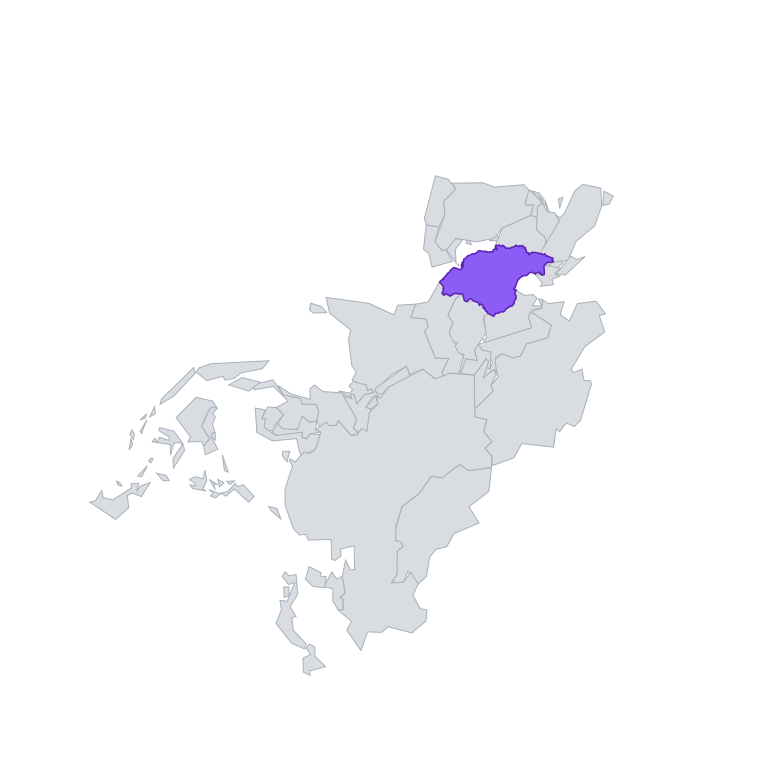 Iran on a map of Asia (Mercator projection), rotated 124°
{"feature_id": "IRN", "entity_name": "Iran", "entity_type": "country or territory", "adm_level": 0, "iso_a3": "IRN", "parent_name": "Asia", "parent_adm1": "", "projection": "mercator", "projection_center": [53.162, 32.435], "detail": "fine", "context": "in_parent", "style": "filled", "palette": "violet", "viewbox_px": 768, "rotation_deg": 124, "n_neighbors": 45, "source": "natural_earth", "source_scale": "50m", "svg_char_len": 18587}
<svg xmlns="http://www.w3.org/2000/svg" viewBox="0 0 768 768"><g transform="rotate(124 384 384)"><path d="M391.3,248.8L383.7,254.2L380.8,264.5L371.4,262.2L368.0,274.6L356.1,278.8L360.4,290.3L357.5,295.7L328.8,289.5L325.3,294.7L314.4,293.4L302.2,306.3L293.1,303.2L290.2,291.5L284.5,286.7L270.7,288.2L254.1,274.3L241.8,278.3L242.0,302.3L233.0,295.8L225.5,299.3L225.5,292.8L215.1,280.8L228.1,276.5L228.1,265.6L209.3,268.7L196.8,254.7L202.0,239.6L206.9,243.9L217.3,230.2L240.8,238.4L267.5,237.0L268.7,233.5L261.0,228.2L269.3,220.2L265.8,214.8L268.0,212.0L304.3,200.7L312.8,202.5L314.3,211.0L325.4,211.8L325.0,216.2L341.5,208.1L356.4,236.5L372.4,235.0L391.3,248.8Z" fill="#d9dde1" stroke="#a8b0b8" stroke-width="1"/><path d="M242.0,302.3L241.8,278.3L254.1,274.3L270.7,288.2L284.5,286.7L290.2,291.5L293.1,303.2L300.4,306.4L313.3,296.2L310.7,301.0L323.3,305.1L317.2,309.6L311.6,309.1L311.9,304.5L305.5,306.0L301.8,313.4L297.8,313.1L301.1,321.8L298.4,327.9L254.7,293.1L247.4,302.2L242.0,302.3Z" fill="#d9dde1" stroke="#a8b0b8" stroke-width="1"/><path d="M646.3,530.7L646.5,561.9L642.3,558.0L630.2,558.5L635.3,553.3L631.7,544.1L611.5,535.2L608.2,537.9L603.5,531.8L611.6,528.9L604.7,528.9L596.5,522.8L613.0,522.1L615.1,531.5L620.0,534.4L629.4,526.5L646.3,530.7ZM570.1,560.8L567.6,566.8L562.9,567.3L565.4,562.7L570.1,560.8ZM614.1,551.2L613.6,547.6L615.4,544.3L616.5,548.0L614.1,551.2ZM536.4,498.7L533.7,503.0L541.7,514.1L536.1,514.6L528.2,537.5L500.0,532.3L494.0,516.4L497.3,508.8L501.4,514.7L517.0,512.6L520.9,511.6L526.8,497.9L536.4,498.7ZM584.0,534.5L596.3,533.1L598.0,536.7L584.0,534.5ZM579.2,536.4L575.9,535.5L575.0,533.5L579.8,533.3L579.2,536.4ZM584.2,508.0L587.8,513.0L585.0,522.6L581.7,513.6L584.2,508.0ZM550.7,512.1L571.4,511.6L564.0,517.2L547.4,517.2L546.7,520.8L550.9,525.1L562.4,521.3L553.7,527.4L561.5,543.8L557.1,543.5L559.4,539.6L553.6,540.1L551.1,530.9L547.9,532.3L548.5,544.7L545.5,545.4L540.6,531.7L545.7,517.6L550.7,512.1ZM550.2,566.0L541.6,564.0L546.0,563.1L550.2,566.0ZM546.1,560.4L556.0,558.7L560.3,557.0L559.6,559.7L546.1,560.4ZM536.5,557.0L542.3,559.9L531.0,561.5L536.5,557.0ZM480.2,546.5L511.4,551.5L526.1,558.3L520.6,560.1L476.9,551.0L480.2,546.5ZM467.7,521.8L480.4,532.9L479.0,546.2L473.8,546.3L463.7,538.5L429.0,492.3L439.4,493.4L454.4,508.4L463.3,511.7L469.6,517.9L467.7,521.8Z" fill="#d9dde1" stroke="#a8b0b8" stroke-width="1"/><path d="M570.7,563.2L574.8,558.6L581.4,558.4L570.7,563.2Z" fill="#d9dde1" stroke="#a8b0b8" stroke-width="1"/><path d="M146.2,350.4L142.2,358.4L141.9,371.4L138.8,362.0L142.8,351.5L146.2,350.4Z" fill="#d9dde1" stroke="#a8b0b8" stroke-width="1"/><path d="M150.0,345.1L142.9,351.5L149.2,342.8L150.0,345.1Z" fill="#d9dde1" stroke="#a8b0b8" stroke-width="1"/><path d="M144.9,355.4L141.9,361.2L143.2,354.6L144.9,355.4Z" fill="#d9dde1" stroke="#a8b0b8" stroke-width="1"/><path d="M144.9,355.4L160.3,349.8L162.2,356.7L151.8,360.4L156.5,365.9L147.4,373.1L141.9,371.4L144.9,355.4Z" fill="#d9dde1" stroke="#a8b0b8" stroke-width="1"/><path d="M221.1,399.5L232.7,400.1L243.4,391.8L237.4,408.5L223.1,405.9L221.1,399.5Z" fill="#d9dde1" stroke="#a8b0b8" stroke-width="1"/><path d="M217.5,396.8L217.2,393.0L219.7,389.6L221.3,394.4L217.5,396.8Z" fill="#d9dde1" stroke="#a8b0b8" stroke-width="1"/><path d="M200.8,368.4L206.1,376.6L197.3,373.6L200.8,368.4Z" fill="#d9dde1" stroke="#a8b0b8" stroke-width="1"/><path d="M162.2,356.7L160.3,349.8L170.8,343.9L172.2,332.5L179.3,326.4L188.8,327.7L195.0,336.5L191.8,346.5L200.9,355.0L206.8,369.1L188.5,373.2L162.2,356.7Z" fill="#d9dde1" stroke="#a8b0b8" stroke-width="1"/><path d="M238.4,407.4L244.0,395.9L260.2,409.5L250.8,420.0L250.2,426.6L228.4,438.0L223.1,426.3L237.4,421.3L240.6,411.1L238.4,407.4ZM244.5,388.6L242.5,390.0L243.9,388.2L244.5,388.6Z" fill="#d9dde1" stroke="#a8b0b8" stroke-width="1"/><path d="M463.7,460.0L465.6,450.0L480.1,451.7L482.3,448.3L487.6,453.4L487.0,459.2L479.0,463.0L481.1,465.9L468.0,467.5L463.7,460.0Z" fill="#d9dde1" stroke="#a8b0b8" stroke-width="1"/><path d="M476.2,449.8L465.6,450.0L463.7,460.0L451.8,454.0L447.7,474.2L461.6,488.7L456.9,491.3L442.6,478.5L449.4,461.4L442.8,445.6L446.2,440.4L438.9,429.1L443.1,422.7L451.9,419.2L457.5,424.0L456.4,433.8L466.6,429.8L473.8,434.2L478.0,443.4L476.2,449.8Z" fill="#d9dde1" stroke="#a8b0b8" stroke-width="1"/><path d="M486.5,450.1L476.2,449.8L478.0,443.4L470.2,430.1L456.4,433.8L457.5,424.0L451.9,419.2L460.0,415.3L459.2,409.4L466.6,417.4L472.5,417.4L474.3,421.8L469.9,425.0L486.2,441.7L486.5,450.1Z" fill="#d9dde1" stroke="#a8b0b8" stroke-width="1"/><path d="M451.9,419.2L443.1,422.7L438.9,429.1L446.2,440.4L442.8,445.6L449.4,461.4L444.5,470.9L444.3,455.4L437.9,436.7L429.4,442.7L423.7,441.1L424.4,430.3L414.8,413.8L428.2,387.2L437.8,384.5L438.7,378.2L445.1,382.2L440.0,401.3L445.0,400.4L449.2,406.2L447.8,410.5L456.9,411.9L451.9,419.2Z" fill="#d9dde1" stroke="#a8b0b8" stroke-width="1"/><path d="M472.0,468.2L481.1,465.9L479.0,463.0L487.0,459.2L487.4,445.2L469.9,425.0L474.3,421.8L472.5,417.4L466.6,417.4L461.7,408.7L476.7,404.1L489.7,413.4L478.3,426.0L493.6,444.8L495.1,462.5L475.9,477.3L472.0,468.2Z" fill="#d9dde1" stroke="#a8b0b8" stroke-width="1"/><path d="M597.1,295.4L592.6,305.0L582.3,312.0L585.5,320.5L568.9,322.1L572.1,314.3L566.8,311.0L570.6,307.0L579.2,299.1L585.5,301.3L584.8,297.9L594.0,291.5L597.1,295.4Z" fill="#d9dde1" stroke="#a8b0b8" stroke-width="1"/><path d="M575.9,324.3L586.2,319.0L591.5,330.0L589.7,340.0L577.3,344.0L575.6,330.4L579.1,329.4L575.9,324.3Z" fill="#d9dde1" stroke="#a8b0b8" stroke-width="1"/><path d="M393.1,248.2L414.5,237.0L438.4,245.0L446.0,227.5L468.9,242.3L484.1,241.0L491.7,248.3L502.1,249.4L519.7,241.2L530.7,243.8L526.2,259.4L537.3,257.0L545.4,264.2L515.4,279.5L507.8,277.5L505.3,281.9L507.6,286.6L500.9,292.3L475.0,300.5L455.4,293.6L434.0,293.2L429.1,283.3L408.3,276.3L408.4,265.3L393.1,248.2Z" fill="#d9dde1" stroke="#a8b0b8" stroke-width="1"/><path d="M438.7,378.2L437.8,384.5L428.2,387.2L416.5,410.9L414.0,402.7L411.9,406.0L409.3,403.3L415.1,395.6L403.5,394.1L397.0,387.9L395.3,391.5L398.7,394.3L394.7,398.1L397.6,399.5L398.5,412.7L389.4,413.7L387.2,420.5L366.7,438.5L357.8,441.8L355.6,468.8L344.6,480.4L325.5,441.3L321.2,414.4L311.0,416.8L300.1,402.4L313.7,398.9L306.4,385.3L311.7,379.6L317.2,380.0L333.7,356.1L326.6,344.4L341.4,342.5L346.0,337.6L351.1,344.4L350.3,360.3L361.6,367.7L356.7,375.3L372.0,383.0L394.6,388.1L397.8,379.1L398.3,384.4L402.6,386.4L413.5,385.8L411.9,380.8L432.9,371.7L433.5,377.4L438.7,378.2Z" fill="#d9dde1" stroke="#a8b0b8" stroke-width="1"/><path d="M414.0,402.7L415.1,417.9L410.6,407.1L406.2,406.9L405.1,411.9L399.2,410.8L394.7,398.1L398.7,394.3L395.3,391.5L397.0,387.9L403.5,394.1L415.1,395.6L409.3,403.3L411.9,406.0L414.0,402.7Z" fill="#d9dde1" stroke="#a8b0b8" stroke-width="1"/><path d="M411.9,380.8L413.5,385.8L398.3,384.4L403.9,378.0L411.9,380.8Z" fill="#d9dde1" stroke="#a8b0b8" stroke-width="1"/><path d="M394.9,380.2L394.6,388.1L390.6,388.1L356.7,375.3L363.5,366.4L384.0,378.5L394.9,380.2Z" fill="#d9dde1" stroke="#a8b0b8" stroke-width="1"/><path d="M346.0,337.6L341.4,342.5L326.6,344.4L333.7,356.1L317.2,380.0L311.7,379.6L306.4,385.3L313.7,398.9L300.1,402.4L291.5,393.3L268.3,395.1L270.1,389.0L276.9,386.2L265.3,369.6L273.3,372.4L291.3,369.3L294.2,361.5L305.5,358.2L317.5,331.6L333.3,327.9L338.2,335.3L346.0,337.6Z" fill="#d9dde1" stroke="#a8b0b8" stroke-width="1"/><path d="M283.7,328.1L304.9,327.8L312.6,319.8L317.5,330.3L324.2,325.8L333.3,327.9L314.7,334.2L316.4,339.6L312.9,346.3L308.4,346.2L310.3,349.9L305.5,358.2L294.2,361.5L291.3,369.3L273.3,372.4L265.3,369.6L269.6,364.6L263.7,352.1L266.9,336.7L275.4,338.1L283.7,328.1Z" fill="#d9dde1" stroke="#a8b0b8" stroke-width="1"/><path d="M298.4,327.9L301.1,321.8L297.8,313.1L311.9,304.5L313.5,309.0L306.2,313.4L326.2,314.0L332.4,326.2L317.5,330.3L312.6,319.8L304.9,327.8L298.4,327.9Z" fill="#d9dde1" stroke="#a8b0b8" stroke-width="1"/><path d="M313.3,296.2L325.3,294.7L328.8,289.5L357.5,295.7L326.2,314.0L306.2,313.4L306.6,309.9L323.3,305.1L310.7,301.0L313.3,296.2Z" fill="#d9dde1" stroke="#a8b0b8" stroke-width="1"/><path d="M225.5,299.3L233.0,295.8L239.6,302.6L247.4,302.2L254.7,293.1L292.3,322.9L292.2,326.6L288.5,324.8L271.8,338.9L266.9,336.7L266.5,331.8L248.5,322.6L232.3,327.6L232.1,317.0L226.4,310.3L227.5,305.0L236.1,304.6L231.3,297.1L227.0,303.4L225.5,299.3Z" fill="#d9dde1" stroke="#a8b0b8" stroke-width="1"/><path d="M145.7,353.6L150.0,345.1L146.6,338.1L150.6,329.8L177.2,327.4L172.2,332.5L170.8,343.9L151.0,355.9L145.7,353.6Z" fill="#d9dde1" stroke="#a8b0b8" stroke-width="1"/><path d="M197.0,318.1L183.5,308.9L183.1,303.7L192.5,305.4L197.0,318.1Z" fill="#d9dde1" stroke="#a8b0b8" stroke-width="1"/><path d="M188.8,327.7L150.6,329.8L147.8,335.7L147.8,330.8L140.9,330.0L117.1,333.8L107.3,330.8L100.3,313.8L114.9,302.9L135.2,297.8L158.2,304.6L178.5,300.6L188.9,312.3L185.6,314.0L188.8,327.7ZM100.0,299.0L109.0,297.9L113.7,302.4L101.2,309.6L100.0,299.0Z" fill="#d9dde1" stroke="#a8b0b8" stroke-width="1"/><path d="M364.8,482.5L364.1,487.5L357.9,489.9L354.8,479.2L357.0,471.4L364.8,482.5Z" fill="#d9dde1" stroke="#a8b0b8" stroke-width="1"/><path d="M496.4,430.3L492.4,424.5L502.7,420.9L500.5,427.9L496.4,430.3ZM326.2,314.0L360.4,290.3L356.1,278.8L368.0,274.6L371.4,262.2L380.8,264.5L383.7,254.2L393.1,248.2L408.4,265.3L408.3,276.3L429.1,283.3L434.0,293.2L455.4,293.6L475.0,300.5L495.3,294.6L507.6,286.6L505.3,281.9L507.8,277.5L515.4,279.5L534.2,266.8L544.9,266.7L537.3,257.0L525.0,256.5L530.7,243.8L543.1,241.9L550.0,228.2L547.3,222.0L557.2,216.6L574.8,221.7L582.9,244.8L591.2,247.1L598.7,259.0L617.9,254.1L608.8,277.3L598.9,278.4L597.1,295.4L594.0,291.5L584.8,297.9L585.5,301.3L579.2,299.1L566.8,311.0L551.5,317.3L556.8,307.9L554.3,304.6L534.8,318.3L545.1,327.8L550.4,323.5L557.7,326.0L558.5,329.2L542.5,341.0L555.6,359.3L552.5,365.0L556.4,369.6L554.5,378.4L540.1,397.9L526.9,407.1L502.7,414.2L501.0,419.5L498.4,419.8L498.3,414.2L484.9,412.0L483.4,407.0L476.7,404.1L459.2,409.4L460.0,415.3L447.8,410.5L449.2,406.2L445.0,400.4L440.0,401.3L445.1,382.2L441.5,377.8L433.5,377.4L432.9,371.7L415.7,380.1L403.9,378.0L398.2,383.3L397.8,379.1L384.0,378.5L350.3,360.3L351.1,344.4L338.2,335.3L326.2,314.0Z" fill="#d9dde1" stroke="#a8b0b8" stroke-width="1"/><path d="M553.6,394.0L552.1,407.0L550.0,411.2L547.0,403.1L553.6,394.0Z" fill="#d9dde1" stroke="#a8b0b8" stroke-width="1"/><path d="M196.5,298.8L203.2,303.3L206.9,299.1L215.5,308.9L211.6,309.4L208.3,320.8L204.4,313.1L197.0,318.1L192.7,311.1L189.7,302.7L197.0,303.8L196.5,298.8ZM195.3,318.2L192.0,317.4L188.9,312.3L193.4,313.8L195.3,318.2Z" fill="#d9dde1" stroke="#a8b0b8" stroke-width="1"/><path d="M165.9,288.6L192.1,294.7L197.6,303.1L173.5,300.9L173.0,293.8L165.9,288.6Z" fill="#d9dde1" stroke="#a8b0b8" stroke-width="1"/><path d="M552.5,459.9L548.0,453.7L553.8,455.7L552.5,459.9ZM560.7,475.3L560.5,466.3L562.4,469.3L565.9,464.6L560.7,475.3ZM572.2,471.7L577.6,484.1L576.0,488.5L574.2,483.6L572.0,486.0L572.1,491.8L566.6,489.0L563.7,481.0L555.6,484.1L563.1,476.9L572.5,475.5L572.2,471.7ZM545.0,467.9L533.1,478.4L544.2,463.9L545.0,467.9ZM557.6,430.2L554.7,449.5L565.3,452.2L565.9,458.3L560.4,453.3L549.5,451.8L551.2,448.5L546.1,444.2L549.9,428.8L557.6,430.2ZM556.0,468.4L555.4,461.4L561.3,462.9L556.0,468.4ZM572.7,460.1L574.0,465.5L570.3,464.2L569.3,469.9L566.8,458.2L572.7,460.1Z" fill="#d9dde1" stroke="#a8b0b8" stroke-width="1"/><path d="M451.8,487.6L465.5,492.1L471.5,512.2L458.0,505.2L451.8,487.6ZM536.4,498.7L526.8,497.9L520.9,511.6L501.4,514.7L498.1,512.0L497.3,508.8L504.5,509.6L505.4,505.5L513.2,503.6L518.9,496.8L524.4,497.8L530.9,485.4L542.6,492.6L536.4,498.7Z" fill="#d9dde1" stroke="#a8b0b8" stroke-width="1"/><path d="M524.9,492.4L524.4,497.8L521.1,499.3L518.9,496.8L524.9,492.4Z" fill="#d9dde1" stroke="#a8b0b8" stroke-width="1"/><path d="M650.6,315.6L642.8,339.7L628.4,342.8L621.6,349.3L618.2,342.8L598.7,346.9L603.6,351.1L600.4,360.7L595.0,360.9L596.2,355.8L591.2,350.3L606.5,338.0L621.0,337.4L626.0,326.9L629.2,329.8L638.9,321.4L643.0,303.0L648.1,301.9L650.6,315.6ZM663.5,285.2L666.9,282.3L668.0,289.7L656.7,297.9L649.3,293.5L646.7,300.6L641.4,300.6L640.7,294.3L648.2,288.9L651.0,274.5L663.5,285.2ZM605.3,349.3L612.6,344.2L616.7,347.4L608.4,353.6L605.3,349.3Z" fill="#d9dde1" stroke="#a8b0b8" stroke-width="1"/><path d="M223.1,426.3L228.4,438.0L223.9,443.3L182.6,457.8L178.5,445.2L182.1,433.4L199.4,436.6L209.4,428.2L223.1,426.3Z" fill="#d9dde1" stroke="#a8b0b8" stroke-width="1"/><path d="M142.1,372.2L154.2,368.7L156.5,365.9L151.8,360.4L162.2,356.7L188.5,373.2L201.5,374.2L214.3,386.6L223.1,405.9L238.4,407.4L240.6,411.1L237.4,421.3L209.4,428.2L199.4,436.6L182.1,433.4L179.3,439.6L162.0,414.7L158.9,402.4L140.5,379.3L142.1,372.2Z" fill="#d9dde1" stroke="#a8b0b8" stroke-width="1"/><path d="M140.3,336.6L132.7,343.0L129.2,339.9L140.3,336.6Z" fill="#d9dde1" stroke="#a8b0b8" stroke-width="1"/><path d="M232.2,326.7L233.5,326.8L234.1,326.6L235.4,326.1L235.7,326.1L236.0,325.9L236.2,325.7L236.7,324.4L236.9,324.1L237.8,323.3L239.2,322.4L240.1,322.1L241.4,322.2L242.4,322.3L243.2,322.3L243.4,322.3L243.6,322.2L243.7,321.6L243.9,321.4L244.2,321.2L245.3,321.2L245.8,321.2L246.5,321.5L247.8,321.4L248.1,321.7L248.4,322.0L248.5,322.2L248.5,322.8L248.9,323.1L249.4,323.2L250.3,323.3L251.6,323.8L252.2,324.1L252.9,324.8L253.5,324.9L254.3,324.6L254.8,324.8L255.5,324.7L256.1,324.9L257.6,325.6L257.9,325.7L258.1,326.1L258.2,326.7L258.6,327.2L259.1,327.7L260.9,328.5L261.5,329.0L262.8,330.9L266.5,330.9L266.7,331.3L266.7,332.1L266.8,332.9L266.9,333.5L266.9,334.1L266.8,334.3L266.7,334.8L266.9,335.0L267.1,335.4L267.2,336.1L267.0,336.4L267.1,336.7L267.2,336.9L267.3,337.3L267.3,337.5L267.1,337.7L266.9,338.4L266.8,338.7L266.4,338.9L266.4,339.3L266.6,340.0L266.3,341.0L266.3,341.3L265.7,342.2L265.7,342.5L265.0,343.1L264.7,343.1L264.6,343.3L264.8,343.5L265.4,344.4L264.2,344.5L263.5,345.7L263.7,347.2L263.5,347.9L263.6,348.3L263.9,348.6L264.3,348.8L265.0,348.8L265.5,348.9L265.5,349.1L264.6,350.1L263.8,351.2L263.8,351.6L263.9,352.0L265.1,356.2L265.1,356.7L264.9,357.7L264.9,358.3L265.0,359.1L264.9,359.5L265.1,360.4L265.2,360.5L269.1,361.1L269.5,361.6L269.8,362.8L269.8,363.7L269.7,364.1L265.2,369.5L267.4,372.1L267.5,372.4L267.5,372.7L268.3,374.1L268.6,374.9L268.9,375.3L270.2,376.6L270.8,376.9L271.3,377.0L272.4,377.3L272.7,377.6L273.4,378.3L274.1,378.2L274.3,378.3L274.3,378.5L274.2,379.6L274.4,380.7L274.5,382.3L274.3,383.0L274.3,383.5L274.5,383.7L275.0,383.8L276.2,383.6L276.7,383.8L276.9,384.1L276.9,384.3L276.6,384.5L276.5,385.0L276.6,385.6L276.3,385.8L276.2,386.7L276.2,386.8L275.9,386.9L274.4,386.8L273.7,387.1L272.8,387.3L272.5,387.4L272.2,387.7L271.9,388.0L271.9,388.3L271.3,388.3L271.1,388.6L269.9,389.1L269.8,389.4L269.5,391.1L269.1,391.5L269.1,391.9L269.0,392.4L268.9,394.0L268.7,394.5L268.3,394.7L267.9,395.0L266.4,394.6L264.3,394.0L264.1,393.8L264.0,393.3L263.6,393.2L263.1,393.9L261.3,393.5L260.7,393.6L260.3,393.4L259.3,393.4L258.6,393.0L257.5,393.3L256.6,393.3L255.5,392.6L254.2,392.4L253.2,392.5L252.6,392.4L251.8,392.2L251.4,391.9L250.7,392.1L250.4,391.7L248.5,391.4L247.9,390.1L247.9,389.4L247.4,388.3L247.2,386.6L247.1,386.0L246.8,385.4L246.5,385.0L246.0,384.5L245.6,384.3L243.8,383.9L243.5,383.9L242.7,384.2L241.9,384.7L240.5,385.1L240.2,385.3L239.9,385.8L239.4,386.2L238.8,386.1L238.1,386.4L236.9,387.3L236.2,387.6L235.7,387.6L235.1,387.1L233.8,386.6L233.0,386.4L231.8,386.5L231.2,386.4L230.3,385.7L230.0,385.2L229.5,384.9L227.8,384.2L226.4,383.2L226.2,382.8L226.0,382.3L225.4,381.6L224.0,381.1L223.3,380.5L222.4,380.4L221.5,380.4L221.2,380.3L220.8,380.1L219.7,378.9L219.7,378.4L219.0,377.2L218.8,376.8L218.7,375.7L218.5,375.4L217.7,374.9L217.6,374.6L217.8,374.1L217.8,373.8L217.4,373.5L216.8,373.4L216.7,373.0L216.8,372.3L216.7,371.9L216.2,371.2L215.5,370.5L214.7,369.4L214.4,369.1L214.0,367.6L213.5,367.6L211.5,368.5L210.9,368.0L209.1,367.0L208.9,366.6L209.1,366.5L209.3,366.5L209.8,366.6L210.0,366.4L209.9,366.1L209.5,365.9L208.9,365.9L209.0,366.2L208.5,366.5L208.3,366.9L208.5,368.0L208.2,368.4L208.1,368.5L207.3,368.5L206.9,368.8L206.7,368.9L206.2,368.5L206.0,368.1L206.0,367.8L206.0,367.7L205.9,367.4L205.7,367.1L205.4,367.0L205.2,366.9L204.8,366.4L204.4,366.2L204.2,366.1L204.2,363.2L202.6,363.2L202.6,361.0L203.3,358.8L202.2,357.1L201.8,356.8L201.1,355.2L200.9,355.0L200.7,354.9L199.9,355.0L197.3,352.9L196.4,352.4L196.0,352.3L195.1,352.2L195.0,351.8L195.0,351.5L195.3,351.0L195.3,350.7L194.7,349.6L194.5,349.3L194.0,349.2L194.1,348.9L194.1,348.7L193.9,348.4L193.4,348.5L192.1,346.7L191.8,346.5L191.7,346.4L192.4,345.4L192.4,345.0L192.3,344.6L191.9,343.9L192.2,343.2L192.2,342.9L192.9,343.0L193.0,342.7L193.0,342.0L193.1,341.7L194.2,340.3L195.2,339.8L195.3,339.4L195.2,338.8L195.1,338.6L194.6,338.0L194.5,337.7L194.5,337.4L194.6,337.0L194.8,336.6L195.5,336.3L195.8,336.2L195.4,335.7L194.3,335.6L193.5,335.7L193.3,335.6L192.9,335.1L192.5,334.8L192.1,334.6L191.8,334.6L191.6,334.6L191.0,332.6L190.8,332.3L190.4,332.2L190.1,331.9L190.0,331.6L190.0,330.8L189.9,330.5L189.8,330.3L189.3,329.9L188.9,328.4L188.7,327.9L188.7,327.4L188.9,327.1L188.5,326.6L187.8,326.1L187.8,325.4L187.7,324.8L187.9,324.5L187.8,324.3L187.0,323.8L186.7,323.5L186.1,323.5L186.1,323.3L186.2,322.9L186.4,322.5L186.7,322.1L186.7,321.9L186.9,321.2L187.2,320.8L187.2,320.7L186.6,320.5L186.5,320.4L186.5,320.2L186.5,319.4L186.3,318.5L186.4,317.7L186.2,317.5L185.9,317.1L185.8,316.7L185.9,316.3L185.9,315.8L185.5,315.3L185.4,314.8L185.2,314.4L185.3,314.3L185.7,314.2L186.7,314.2L186.9,314.1L187.3,312.6L187.5,312.2L187.9,311.9L188.8,312.7L189.0,312.7L189.8,314.1L190.2,314.4L190.4,314.8L190.5,315.1L190.7,315.3L191.1,315.5L191.4,315.8L192.1,316.6L192.6,316.8L195.4,317.5L196.1,317.2L197.2,317.3L198.7,315.8L199.3,315.6L199.7,315.1L200.2,314.6L201.0,314.1L203.0,312.7L203.6,312.5L204.1,312.5L205.4,313.9L205.6,314.2L205.3,314.5L204.8,314.8L204.6,314.9L204.6,315.2L204.6,315.4L204.7,315.6L205.4,316.1L205.5,316.3L205.5,316.6L205.4,316.7L205.3,316.8L204.3,317.1L204.1,317.4L204.1,317.6L204.2,317.8L205.1,318.4L205.3,318.9L205.6,319.0L205.9,319.1L206.1,319.2L206.9,320.3L207.1,320.3L208.2,320.1L208.4,321.9L208.5,322.7L208.7,323.4L209.2,324.7L209.7,325.1L210.6,325.6L211.1,325.8L212.3,325.9L213.5,326.1L214.2,326.3L214.5,326.5L215.2,327.9L216.2,328.7L218.0,329.9L218.9,330.3L222.0,331.0L224.0,331.0L229.7,329.5L231.5,329.2L232.2,329.2L231.8,329.4L231.1,329.6L231.5,329.8L232.5,329.8L232.7,329.6L232.8,329.3L232.2,326.7ZM243.0,385.4L242.6,386.0L241.9,386.5L241.6,386.4L241.4,386.4L240.9,386.6L240.6,386.6L240.0,387.0L239.4,387.2L238.9,387.1L238.8,386.9L239.0,386.8L239.9,386.5L241.0,385.9L241.1,385.7L240.9,385.3L241.0,385.2L241.7,385.4L242.5,385.0L243.2,384.9L243.5,385.2L243.0,385.4Z" fill="#8b5cf6" stroke="#5b21b6" stroke-width="1.5"/></g></svg>